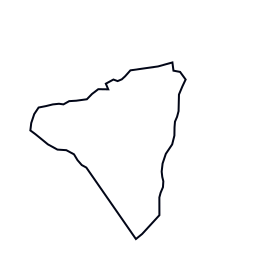 the district of Lagoa Salgada, Rio Grande do Norte, Brazil, rotated 311°
{"feature_id": "56859067B50769407156017", "entity_name": "Lagoa Salgada", "entity_type": "district", "adm_level": 2, "iso_a3": "BRA", "parent_name": "Brazil", "parent_adm1": "Rio Grande do Norte", "projection": "mercator", "projection_center": [-35.501, -6.146], "detail": "fine", "context": "isolated", "style": "outline", "palette": "ink", "viewbox_px": 256, "rotation_deg": 311, "n_neighbors": 0, "source": "geoboundaries", "source_scale": "gbopen_adm2", "svg_char_len": 759}
<svg xmlns="http://www.w3.org/2000/svg" viewBox="0 0 256 256"><g transform="rotate(311 128 128)"><path d="M49.4,206.8L57.3,208.2L82.8,208.9L96.2,197.2L100.5,195.1L106.3,193.2L111.0,189.6L113.6,185.9L117.2,182.0L123.9,177.4L133.3,173.5L144.6,172.1L152.7,168.0L159.0,162.7L163.6,159.3L168.6,157.7L173.9,155.1L186.7,144.5L194.9,141.8L202.4,139.7L204.5,130.5L201.1,124.7L206.6,118.5L194.2,110.3L173.1,92.0L165.2,91.9L160.7,91.4L156.6,89.4L155.0,85.2L146.9,82.2L144.2,87.7L137.8,80.1L130.0,78.5L122.7,78.1L114.6,71.0L109.7,66.0L103.5,63.8L101.0,60.0L96.5,55.8L90.7,51.7L84.8,47.1L77.0,48.1L68.3,51.7L62.1,55.9L62.6,62.3L63.1,78.3L65.4,88.9L70.8,96.0L72.7,104.5L70.6,111.0L69.7,117.4L70.8,122.5L49.4,206.8Z" fill="none" stroke="#020617" stroke-width="2"/></g></svg>